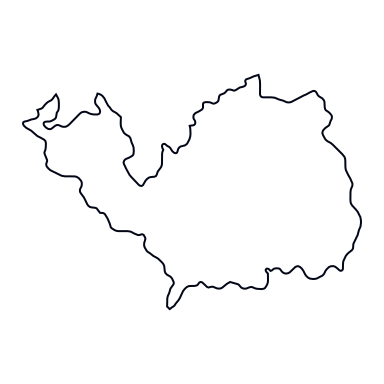 Cotuí, Sánchez Ramírez, Dominican Republic
{"feature_id": "3306468B72281596552802", "entity_name": "Cotuí", "entity_type": "district", "adm_level": 2, "iso_a3": "DOM", "parent_name": "Dominican Republic", "parent_adm1": "Sánchez Ramírez", "projection": "orthographic", "projection_center": [-70.199, 18.97], "detail": "fine", "context": "isolated", "style": "outline", "palette": "ink", "viewbox_px": 384, "rotation_deg": 0, "n_neighbors": 0, "source": "geoboundaries", "source_scale": "gbopen_adm2", "svg_char_len": 5946}
<svg xmlns="http://www.w3.org/2000/svg" viewBox="0 0 384 384"><path d="M37.4,109.9L38.1,111.9L38.6,114.6L38.2,116.1L37.2,117.4L35.8,118.4L34.7,118.8L31.2,119.5L27.5,120.9L24.4,121.6L23.5,122.1L23.2,122.6L23.0,123.7L23.4,124.8L24.0,125.8L26.3,127.9L31.1,130.6L37.3,136.0L41.0,137.9L44.3,139.8L45.4,141.0L45.9,143.2L45.8,147.0L45.5,149.4L44.6,151.9L44.4,152.8L44.6,153.8L47.1,160.1L47.1,161.1L46.4,163.3L46.2,164.4L46.4,165.6L46.9,166.7L48.6,168.7L50.5,170.3L61.5,175.7L64.7,176.3L74.7,176.4L76.6,176.8L78.8,178.2L80.9,180.6L81.5,181.7L81.8,183.0L81.8,184.2L81.6,186.0L80.2,188.9L79.9,190.0L80.0,191.8L80.9,193.4L83.9,197.4L87.5,204.7L88.6,206.0L90.0,207.0L91.7,207.4L95.2,207.8L96.7,208.4L100.0,212.8L102.9,213.0L103.9,213.4L104.8,214.0L107.4,218.2L109.7,223.5L110.8,227.3L111.9,228.4L114.6,230.1L116.3,230.8L118.2,231.1L126.9,231.1L129.6,231.4L131.3,231.9L133.8,233.3L137.8,235.0L139.2,235.1L141.3,234.4L142.3,234.3L143.3,234.7L143.7,235.0L145.1,237.5L145.4,239.0L144.2,243.0L144.1,244.8L144.2,246.0L144.8,247.6L146.5,250.5L147.5,251.7L149.9,253.2L153.4,256.0L156.6,257.7L158.2,258.7L162.3,262.7L163.4,264.2L164.2,265.9L164.8,271.4L165.4,273.0L167.0,274.7L169.9,276.3L171.2,277.4L172.2,278.8L173.7,282.2L173.8,283.2L173.5,284.3L170.4,288.7L169.1,293.3L167.9,295.8L167.3,298.2L167.1,306.5L169.7,309.1L172.0,307.3L173.8,306.2L174.5,305.5L175.7,303.6L178.5,300.2L179.8,298.1L183.0,291.2L184.5,289.2L185.9,287.8L186.9,287.0L188.6,286.2L189.9,286.0L194.8,285.9L196.5,285.5L197.4,285.1L198.8,283.2L199.4,282.5L200.3,282.1L200.8,282.0L201.8,282.2L202.7,282.8L207.0,286.9L208.5,287.5L211.3,286.8L212.9,286.7L217.0,288.4L218.8,288.6L220.0,288.5L221.2,288.2L222.3,287.6L226.8,283.9L230.1,282.0L238.2,284.3L239.0,285.0L241.2,287.5L242.4,288.2L243.5,288.5L244.7,288.7L246.5,288.5L249.4,287.3L251.1,287.0L252.2,287.1L255.2,288.4L257.1,288.8L261.8,289.1L264.1,288.6L265.1,287.9L266.6,285.5L267.5,283.6L267.8,282.4L268.0,280.4L267.9,273.5L266.4,271.9L265.7,270.6L265.8,269.5L266.6,268.7L267.1,268.6L268.1,268.8L269.0,269.3L270.5,270.9L271.9,270.4L273.7,268.9L274.7,268.5L276.3,268.3L278.1,268.4L279.2,268.6L280.1,269.2L281.9,271.6L283.6,273.0L285.4,273.5L286.6,273.5L288.4,273.1L290.0,272.1L295.3,267.0L297.0,266.3L298.2,266.2L299.9,266.9L301.8,268.6L303.3,270.7L305.2,274.5L306.4,276.1L307.8,277.4L308.9,278.1L310.0,278.6L313.1,279.0L315.0,278.9L316.8,278.5L322.4,275.6L324.0,274.0L325.5,270.8L327.1,268.8L328.9,267.1L330.7,266.3L333.1,266.1L334.9,266.6L336.5,267.7L339.6,270.4L340.6,270.8L341.7,270.6L342.5,269.9L342.9,269.0L343.0,264.3L343.2,261.8L343.6,260.6L345.8,255.9L347.4,253.9L348.8,252.6L351.9,250.2L352.8,248.9L353.1,247.8L353.3,244.7L353.5,243.6L357.7,234.9L358.9,230.2L360.5,226.5L361.0,222.8L360.9,220.2L360.4,217.2L357.8,212.0L356.2,209.9L352.1,205.4L351.4,204.3L350.8,203.1L350.5,201.2L350.4,199.2L350.5,191.8L350.9,189.3L352.4,185.7L352.4,183.4L350.1,178.2L348.4,175.3L346.1,170.6L345.7,169.4L345.4,166.8L345.3,160.1L345.1,158.8L344.5,156.9L342.4,154.3L332.7,144.6L330.6,142.9L327.4,141.2L325.7,139.7L325.0,138.8L322.9,134.8L322.4,133.2L322.5,132.0L322.9,130.8L323.6,129.8L325.3,128.0L328.6,125.7L329.3,124.9L330.5,121.2L331.7,118.8L331.9,117.7L331.9,116.5L331.5,115.3L330.0,113.4L328.6,112.1L325.8,110.2L325.2,109.3L324.7,107.2L324.5,102.3L324.2,101.1L323.7,100.0L322.2,98.3L318.9,96.3L317.8,95.1L316.5,92.7L315.9,91.8L314.7,91.0L313.7,90.9L312.7,91.1L309.3,92.7L306.3,94.4L304.1,95.3L291.4,101.9L289.7,102.4L287.9,102.4L286.6,102.2L283.0,100.6L279.0,99.5L274.7,97.7L270.8,97.3L263.0,97.3L261.8,97.1L260.9,96.4L260.3,95.5L260.0,94.3L260.1,85.2L259.9,80.5L258.5,74.9L253.3,76.5L249.9,78.1L246.8,79.1L246.0,79.5L245.4,80.3L245.2,81.2L245.9,83.6L245.8,84.4L245.4,85.3L244.7,86.0L243.2,86.7L239.8,87.5L235.7,90.1L234.7,90.5L233.7,90.6L231.4,89.8L229.8,89.5L228.2,89.7L227.2,90.1L225.3,92.4L224.0,93.4L220.6,94.7L219.7,95.3L219.0,96.9L218.6,99.8L218.3,100.9L217.2,102.1L215.5,103.1L214.1,103.6L213.1,103.6L210.1,102.4L208.9,102.2L205.6,102.1L203.9,102.6L203.2,103.3L203.0,104.2L203.0,107.6L202.4,109.0L201.7,109.7L198.9,111.4L195.4,113.1L193.9,114.7L193.5,115.8L193.4,117.0L193.5,118.1L193.9,119.2L194.8,120.5L195.2,121.6L195.3,122.8L195.0,124.0L194.2,124.9L193.2,125.3L189.7,125.8L190.2,128.0L190.4,130.7L190.5,134.1L190.2,136.8L189.5,139.1L187.7,142.7L186.7,144.1L184.9,145.4L180.9,146.4L179.5,147.2L178.2,148.9L177.5,151.4L176.9,152.7L175.9,153.2L174.3,152.9L172.4,151.3L170.2,147.9L169.0,146.8L167.2,145.9L165.8,144.6L164.8,144.0L163.8,143.8L162.8,144.3L162.1,145.3L162.0,146.5L162.5,148.4L163.3,149.7L162.4,151.9L162.1,153.8L162.0,162.5L161.9,164.5L161.4,166.4L160.8,167.5L157.8,171.5L156.7,174.7L156.0,176.0L154.5,176.7L150.5,177.1L148.8,177.7L147.2,178.8L145.5,180.7L143.0,185.1L141.8,185.9L141.3,186.0L139.6,185.5L138.7,184.8L131.3,177.0L129.6,175.0L126.2,168.8L123.8,163.7L123.6,162.5L123.9,161.3L124.4,160.3L125.2,159.5L126.1,158.9L129.2,157.6L132.0,156.0L132.8,155.3L133.4,154.4L133.8,151.5L133.6,147.7L132.9,145.3L131.7,142.8L130.4,138.2L129.1,136.4L125.7,134.4L124.4,133.3L123.4,131.9L121.6,128.3L121.2,127.3L120.8,125.4L120.7,123.5L120.9,117.1L116.7,113.3L115.3,112.4L113.2,111.3L111.5,109.9L109.7,107.3L108.1,105.6L106.0,101.7L104.5,98.5L102.7,96.2L101.3,95.0L99.2,94.0L97.5,93.6L96.8,95.9L95.4,98.9L95.1,100.1L95.1,102.0L95.3,103.2L95.8,104.3L99.0,108.2L99.8,109.8L100.1,111.5L99.9,112.7L99.3,113.7L97.8,114.4L96.7,114.5L93.0,114.4L90.0,113.7L86.4,112.0L84.6,111.7L82.2,112.1L81.0,112.7L79.5,114.0L69.5,124.2L68.0,125.5L66.3,126.5L65.1,126.8L63.3,126.8L62.1,126.6L58.6,125.1L56.9,125.0L55.3,125.7L51.5,128.7L50.3,129.1L49.1,129.1L47.9,128.8L45.8,127.4L44.2,125.6L43.7,124.5L43.7,123.4L43.8,122.8L44.6,122.0L46.1,121.6L49.6,121.5L51.3,121.0L54.6,119.2L55.7,118.0L56.1,117.0L56.8,112.7L58.1,110.8L58.5,109.8L58.8,108.0L58.9,105.3L58.8,102.0L58.5,99.3L57.8,97.7L56.0,94.4L54.3,96.4L53.1,98.2L52.1,99.5L50.8,100.5L48.1,101.9L46.7,103.0L44.9,104.8L42.5,107.9L41.1,108.7L37.4,109.9Z" fill="none" stroke="#020617" stroke-width="2"/></svg>